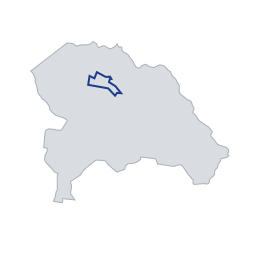 Terekeka, Central Equatoria, South Sudan (highlighted), rotated 187°
{"feature_id": "79223893B10688999436649", "entity_name": "Terekeka", "entity_type": "district", "adm_level": 2, "iso_a3": "SSD", "parent_name": "South Sudan", "parent_adm1": "Central Equatoria", "projection": "mercator", "projection_center": [31.189, 5.687], "detail": "fine", "context": "in_parent", "style": "outline", "palette": "blue", "viewbox_px": 256, "rotation_deg": 187, "n_neighbors": 0, "source": "geoboundaries", "source_scale": "gbopen_adm2", "svg_char_len": 3761}
<svg xmlns="http://www.w3.org/2000/svg" viewBox="0 0 256 256"><g transform="rotate(187 128 128)"><path d="M207.4,196.5L199.8,204.1L199.3,204.5L198.3,205.1L195.3,205.1L192.1,204.8L189.2,202.8L186.2,204.3L184.3,204.8L183.2,205.0L180.6,205.2L176.9,206.0L175.2,207.1L174.3,207.9L173.5,209.4L173.2,209.5L172.5,209.3L171.5,208.7L169.5,207.9L168.6,206.0L167.6,204.8L166.9,204.2L163.7,206.1L162.2,206.6L161.0,206.5L158.7,205.5L156.2,204.6L154.9,204.6L152.9,205.7L150.7,207.4L149.6,209.1L149.0,210.1L148.3,208.5L147.5,207.6L146.4,207.2L144.3,207.6L143.8,207.0L143.7,205.7L143.4,204.5L142.9,203.6L141.3,202.7L137.1,200.9L133.8,197.2L132.2,195.6L131.0,194.5L129.3,191.6L127.4,189.6L125.1,188.7L123.6,189.1L122.0,191.3L119.0,193.3L117.7,193.3L115.9,192.2L113.7,191.5L109.8,191.1L108.1,192.1L106.0,193.6L104.2,194.5L103.1,194.6L102.0,194.3L100.8,194.1L99.8,194.0L97.7,192.6L96.6,191.6L95.9,190.6L94.7,190.0L93.3,189.4L92.3,188.5L91.8,187.4L91.0,186.0L90.0,184.8L86.8,182.5L85.8,181.2L85.1,179.9L83.8,178.4L82.4,176.5L82.0,173.7L81.9,171.4L81.6,170.3L81.0,169.3L80.3,168.4L79.2,167.4L76.6,165.9L73.9,164.2L72.6,163.3L70.1,162.9L68.6,161.9L67.4,159.8L66.9,158.1L65.6,156.8L65.1,155.8L64.8,154.7L65.8,151.3L64.3,150.1L62.2,148.6L60.7,146.9L59.7,145.3L57.0,143.3L51.0,140.2L47.5,138.3L45.6,136.5L44.0,134.8L43.8,134.1L44.9,132.3L45.0,130.9L44.2,129.4L40.6,126.4L37.7,123.2L35.5,122.1L30.3,121.2L28.8,120.9L27.3,120.3L25.7,118.8L25.2,117.1L26.0,114.3L25.5,113.5L24.6,113.2L24.8,112.7L25.8,111.3L27.4,110.4L31.7,109.1L32.0,108.5L32.1,106.8L32.4,106.0L33.9,103.6L34.1,102.6L34.2,100.6L34.4,99.6L34.8,98.9L36.0,97.7L36.4,97.0L36.6,95.4L36.5,92.3L37.1,91.1L39.8,88.3L40.5,87.0L40.7,85.9L40.7,84.8L40.9,83.6L41.7,82.5L42.4,82.2L44.4,81.9L45.7,82.1L55.3,80.1L56.4,80.4L56.9,81.5L56.9,83.4L57.0,84.3L57.5,84.9L59.1,85.8L60.1,87.2L60.7,87.7L62.2,88.7L69.3,97.0L71.3,97.8L73.2,97.5L77.1,95.8L79.0,95.4L92.5,95.9L94.0,95.6L96.2,99.8L97.1,100.8L111.9,100.8L111.7,99.6L111.8,98.3L114.5,95.7L114.8,95.4L117.1,94.2L119.3,93.4L123.6,92.5L125.2,90.9L126.1,89.6L126.1,86.9L126.7,86.4L127.7,85.8L132.7,83.4L133.5,82.8L142.3,88.5L147.2,92.9L147.5,93.2L148.0,93.1L148.2,92.9L148.8,92.7L150.9,92.6L154.9,92.4L156.2,91.9L164.2,83.9L166.2,81.4L166.8,80.8L167.9,79.0L169.1,75.9L169.4,75.6L178.1,68.1L178.5,67.5L178.5,67.0L177.2,64.5L176.9,63.2L176.9,61.2L177.1,58.2L177.0,56.2L176.9,55.7L172.0,50.1L184.3,50.0L184.3,49.3L184.3,49.1L184.1,48.4L183.9,47.5L183.9,47.1L184.0,46.6L184.0,46.4L184.0,46.1L184.1,45.9L192.9,46.1L192.8,47.6L191.7,51.3L191.8,53.5L191.5,56.0L191.2,56.8L190.7,57.4L190.6,57.7L190.6,58.0L192.4,72.0L192.3,72.6L191.8,73.5L191.7,73.8L191.6,74.0L191.8,74.1L195.9,75.6L196.1,75.7L196.3,75.9L197.8,77.7L205.8,84.3L206.1,84.7L206.9,86.7L207.0,87.1L207.0,87.6L207.0,87.9L206.8,89.2L206.9,89.8L207.0,90.1L207.1,90.6L207.1,91.0L205.9,93.4L205.5,95.1L205.4,96.6L205.4,97.4L205.6,97.9L205.7,98.2L205.8,98.2L209.3,98.2L209.3,99.0L209.7,111.6L209.7,113.0L209.6,114.8L209.2,115.5L208.2,116.5L207.0,117.4L203.8,117.6L201.2,117.6L199.4,117.4L196.8,117.3L194.5,117.5L193.6,118.3L190.4,125.0L189.5,126.7L189.2,127.6L189.5,128.2L190.7,129.1L193.4,130.2L196.5,130.9L198.8,131.2L200.4,131.6L201.6,131.9L206.0,135.0L207.4,136.4L208.2,137.6L208.4,138.9L209.0,140.3L213.0,144.5L216.8,146.4L218.3,148.6L219.7,149.7L221.0,150.9L221.8,152.6L223.4,157.6L224.5,160.2L225.7,162.4L226.1,165.9L227.0,167.4L227.9,169.3L229.5,171.1L231.1,172.4L231.4,172.7L214.9,189.0L207.4,196.5Z" fill="#d9dde1" stroke="#a8b0b8" stroke-width="1"/><path d="M172.5,175.0L172.8,166.0L165.0,165.6L152.4,164.9L144.8,158.5L143.2,161.5L139.1,161.7L144.5,166.9L145.6,168.0L152.4,171.2L152.0,174.7L150.6,174.7L152.1,176.8L155.4,176.1L156.7,176.1L165.7,179.6L167.4,173.2L172.5,175.0Z" fill="none" stroke="#1e3a8a" stroke-width="2"/></g></svg>